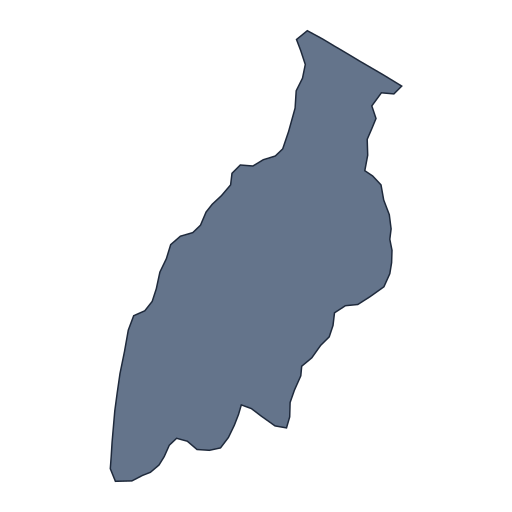 the district of Eusébio, Ceará, Brazil
{"feature_id": "56859067B48016322735430", "entity_name": "Eusébio", "entity_type": "district", "adm_level": 2, "iso_a3": "BRA", "parent_name": "Brazil", "parent_adm1": "Ceará", "projection": "robinson", "projection_center": [-38.455, -3.87], "detail": "fine", "context": "isolated", "style": "filled", "palette": "slate", "viewbox_px": 512, "rotation_deg": 0, "n_neighbors": 0, "source": "geoboundaries", "source_scale": "gbopen_adm2", "svg_char_len": 1245}
<svg xmlns="http://www.w3.org/2000/svg" viewBox="0 0 512 512"><path d="M401.7,86.1L383.7,75.1L359.3,60.9L344.0,51.7L333.9,45.8L322.8,39.1L307.3,30.7L296.5,39.5L300.7,50.5L305.3,64.5L302.5,78.2L296.2,90.8L295.1,108.1L288.6,131.5L282.7,148.9L275.3,156.0L263.3,159.7L252.9,166.0L240.3,165.0L232.0,173.3L230.6,184.9L221.4,195.7L212.2,204.3L206.1,212.0L200.5,225.2L192.8,232.6L180.4,236.2L170.7,244.6L166.4,258.6L159.9,272.1L156.3,288.8L152.2,301.4L144.8,310.8L133.7,315.7L128.3,330.1L124.5,351.5L120.0,373.5L117.2,392.9L114.8,410.8L112.1,442.0L111.2,456.6L110.3,468.7L115.4,481.3L131.9,480.9L142.5,475.4L150.4,472.3L159.0,465.0L164.2,456.6L169.3,445.2L176.6,438.3L187.3,441.2L197.0,449.5L209.4,450.3L220.5,447.9L228.4,437.5L234.3,425.3L238.5,414.5L241.3,404.9L251.4,408.6L261.5,416.3L275.0,425.9L286.5,427.9L289.7,416.9L290.1,402.5L294.4,390.2L300.8,375.8L301.7,366.2L311.8,357.8L320.6,345.4L329.2,336.9L333.0,325.5L334.5,312.8L345.4,305.7L357.8,304.5L370.0,296.7L383.9,286.8L389.8,273.7L391.6,262.7L392.0,250.3L389.8,239.3L391.1,228.9L389.3,214.7L383.7,200.0L381.0,184.9L372.7,176.0L364.8,170.7L367.7,155.2L367.2,139.3L371.7,128.9L376.0,118.5L371.8,105.9L381.4,92.8L393.9,93.9L401.7,86.1Z" fill="#64748b" stroke="#1e293b" stroke-width="1.5"/></svg>